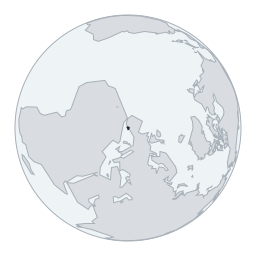 the Earth from above Alicante, rotated 117°
{"feature_id": "ESP-5803", "entity_name": "Alicante", "entity_type": "Autonomous Community", "adm_level": 1, "iso_a3": "ESP", "parent_name": "Spain", "parent_adm1": "", "projection": "orthographic", "projection_center": [-0.576, 38.363], "detail": "fine", "context": "on_globe", "style": "filled", "palette": "slate", "viewbox_px": 256, "rotation_deg": 117, "n_neighbors": 0, "source": "natural_earth", "source_scale": "10m", "svg_char_len": 9718}
<svg xmlns="http://www.w3.org/2000/svg" viewBox="0 0 256 256"><g transform="rotate(117 128 128)"><circle cx="128" cy="128" r="113" fill="#eef3f6" stroke="#a8b0b8"/><path d="M35.9,63.2L37.3,61.3L37.3,61.2L43.7,53.5L47.7,49.0L56.6,41.2L65.8,36.0L63.0,38.1L65.5,36.9L69.2,34.4L71.1,33.0L84.9,27.6L97.8,22.5L100.1,20.8L101.0,21.4L104.3,18.6L110.2,17.0L104.5,18.9L104.8,19.3L109.3,18.1L110.5,18.3L113.4,17.9L114.5,18.3L111.1,19.7L111.7,20.1L114.9,19.3L118.0,19.4L113.2,20.5L118.1,20.9L113.4,23.9L99.8,27.5L98.2,30.5L86.9,38.0L88.9,38.0L85.9,41.3L87.2,42.6L84.7,43.9L87.8,43.9L89.8,42.5L91.9,42.1L92.8,42.9L89.8,44.5L88.9,44.4L88.5,45.3L86.7,45.9L88.1,46.0L84.4,48.1L89.4,47.2L87.6,49.9L84.8,51.0L83.3,49.3L73.3,48.7L70.0,49.8L66.8,52.7L64.3,61.3L61.4,63.4L58.7,67.3L61.0,66.7L64.0,63.5L67.7,63.7L70.9,60.0L72.9,59.7L76.9,56.8L78.1,59.0L77.1,62.8L73.9,65.4L73.4,67.3L77.9,66.4L73.3,73.1L72.7,81.1L71.3,82.8L66.0,82.8L62.3,78.4L55.3,79.5L61.6,80.8L58.0,85.5L58.2,87.2L59.5,88.2L61.5,87.3L60.7,89.4L54.1,88.7L54.8,86.8L56.9,86.9L55.1,85.0L50.7,85.1L49.2,87.7L44.1,85.8L42.9,87.8L41.2,88.6L43.3,85.6L39.4,91.2L33.1,91.5L27.7,101.6L31.1,91.2L31.1,87.7L30.6,84.7L29.7,86.2L30.3,80.8L28.7,80.0L24.7,86.1L21.8,93.4L21.4,98.5L22.8,96.7L23.4,99.6L19.7,105.8L20.2,113.2L18.2,119.1L17.9,124.2L19.0,126.4L19.8,131.1L21.6,129.6L23.9,131.0L22.8,136.4L25.0,133.5L25.6,138.0L30.9,144.6L30.2,145.3L34.5,157.1L41.0,165.6L42.5,170.8L41.6,172.5L44.2,175.1L44.3,176.7L56.6,186.4L64.2,193.7L64.9,198.7L60.3,201.5L60.3,210.4L53.2,208.4L54.2,211.2L53.5,212.4L48.9,208.1L42.2,201.0L36.2,193.3L30.9,185.1L28.6,180.8L26.4,176.2L22.5,167.3L17.5,148.7L17.5,145.2L17.0,141.3L18.7,138.3L19.1,130.1L18.8,127.5L17.8,128.6L17.5,118.7L18.5,111.3L23.8,85.4L25.7,81.0L27.9,76.6L40.7,57.1L30.0,72.5L32.4,68.5L35.9,63.2ZM26.0,104.5L26.6,115.9L24.7,112.6L25.3,112.5L25.5,108.8L25.3,103.9L24.0,101.4L26.0,104.5ZM29.8,102.3L29.5,100.7L30.0,101.9L29.8,102.3ZM71.7,32.5L69.2,34.3L65.4,36.7L67.3,35.1L71.7,32.5ZM79.1,28.7L78.3,29.5L75.6,30.3L76.9,29.6L79.1,28.7ZM101.5,19.7L99.3,20.5L101.0,19.7L101.5,19.7ZM113.6,17.8L113.9,17.6L115.3,17.5L113.6,17.8ZM76.0,55.8L76.4,56.3L75.5,56.6L76.0,55.8ZM77.3,54.2L75.8,54.2L76.2,53.4L77.1,53.4L77.3,54.2ZM118.2,18.1L120.3,18.2L117.6,18.4L118.2,18.1ZM79.0,54.4L77.2,52.1L77.9,50.8L81.9,49.8L79.0,54.4ZM121.2,18.5L126.5,19.0L127.5,18.4L127.6,20.5L123.1,19.2L119.5,19.4L121.4,18.9L121.2,18.5ZM90.1,41.8L88.0,43.3L88.9,41.4L90.1,41.8ZM90.2,40.7L90.0,35.9L93.5,34.2L92.9,36.1L96.8,33.6L98.6,35.0L96.9,36.8L94.2,37.5L96.9,37.6L90.2,40.7ZM126.8,21.7L127.6,22.1L126.1,21.9L126.8,21.7ZM92.8,41.8L92.4,40.9L95.5,39.4L96.7,40.9L95.3,40.9L92.8,41.8ZM96.9,32.2L99.4,31.5L101.6,32.4L102.8,32.3L98.9,34.9L96.9,32.2ZM95.1,41.6L97.3,41.7L96.7,43.2L93.3,42.6L95.1,41.6ZM95.7,38.4L97.2,37.7L96.8,38.6L95.7,38.4ZM95.8,48.7L95.3,47.5L96.8,46.6L95.8,48.7ZM98.1,41.7L98.3,41.2L98.9,40.7L100.2,41.1L98.1,41.7ZM100.7,35.5L101.1,36.1L102.4,34.5L104.1,35.3L101.2,36.9L103.2,36.6L103.7,36.8L100.7,37.9L100.7,35.5ZM103.1,40.2L100.0,42.9L100.6,45.2L99.2,46.1L98.6,42.2L103.1,40.2ZM102.0,38.7L102.4,39.8L100.5,40.3L99.0,39.8L102.0,38.7ZM106.3,35.3L104.5,33.6L105.1,33.3L106.3,35.3ZM103.7,40.8L104.4,40.2L103.9,40.9L103.7,40.8ZM105.9,36.8L105.2,36.2L106.0,35.9L105.9,36.8ZM106.5,39.4L105.5,40.3L104.5,39.9L106.5,39.4ZM106.5,38.2L107.8,37.9L104.7,39.3L106.0,37.9L106.5,38.2ZM106.8,36.6L107.0,36.2L107.0,36.9L106.8,36.6ZM110.9,40.4L107.2,42.3L105.0,41.5L108.9,39.7L110.9,40.4ZM199.7,41.2L200.3,41.7L198.4,40.2L202.6,44.0L200.0,42.0L204.6,46.2L205.8,47.0L203.0,44.1L208.2,49.0L208.6,49.3L214.7,56.1L220.3,63.4L225.2,71.1L229.5,79.1L229.7,79.5L233.0,87.1L235.7,94.9L235.8,95.5L236.9,99.2L234.8,93.3L235.9,98.0L234.6,94.7L231.8,91.6L232.7,98.4L235.0,114.4L237.3,123.5L237.2,130.0L232.1,122.1L228.4,114.6L227.5,117.7L221.6,114.8L214.0,123.0L212.1,121.5L210.9,124.2L206.6,124.7L203.4,121.9L201.1,124.0L209.5,131.0L211.8,128.9L212.6,122.9L214.5,126.1L218.6,126.4L217.0,139.3L204.4,157.7L201.9,151.3L185.3,136.9L185.1,134.3L184.9,134.0L184.6,133.6L184.5,138.1L181.2,134.9L191.5,146.4L193.8,152.0L204.3,158.3L203.6,159.9L206.6,160.4L214.4,152.0L214.8,154.3L211.9,167.9L199.8,188.7L200.7,196.3L198.5,203.4L189.3,211.5L188.5,215.7L183.5,219.1L182.1,221.5L177.1,225.2L169.5,229.3L158.3,232.3L158.9,230.7L155.3,228.1L150.8,218.8L155.0,212.7L154.6,208.3L146.3,198.7L148.2,191.9L145.7,189.4L140.7,190.7L137.6,187.6L134.4,187.8L113.5,190.4L106.4,185.6L96.1,170.2L99.3,164.6L98.5,157.3L119.5,132.9L125.4,134.3L143.7,129.1L146.2,129.7L145.7,135.9L160.7,140.3L163.6,134.5L175.6,134.9L182.5,132.0L182.1,120.2L170.7,124.7L167.1,120.1L174.9,111.9L184.6,108.2L183.5,106.4L176.0,104.5L176.8,99.6L173.3,103.5L175.7,104.9L173.6,107.5L171.2,106.4L171.5,104.6L168.2,104.9L167.3,113.6L169.7,115.9L161.9,120.0L165.1,124.4L163.5,127.3L157.4,121.1L156.9,118.2L146.6,112.2L146.4,115.4L156.1,121.5L153.7,121.5L153.5,126.4L151.8,122.6L141.2,115.5L133.3,118.6L125.5,131.3L120.4,132.5L115.0,130.3L115.4,118.2L126.9,116.9L127.2,113.0L122.8,107.7L126.6,107.9L126.3,105.7L130.4,105.0L134.2,99.2L138.1,98.1L137.7,91.3L139.6,89.9L139.3,94.2L141.2,96.8L150.7,94.3L151.9,92.5L150.9,88.5L153.6,88.5L151.4,84.9L155.9,81.8L148.5,82.7L147.1,78.4L148.8,74.3L147.0,73.2L144.3,79.9L144.4,82.4L146.6,84.3L145.8,92.1L143.0,94.0L138.9,86.8L134.4,88.8L133.1,82.7L141.1,67.8L145.5,64.2L156.7,66.5L156.8,69.4L152.8,70.0L158.3,73.1L157.0,71.1L159.3,71.2L158.5,67.5L160.0,67.5L156.6,64.1L158.4,63.7L160.6,65.8L161.0,60.3L164.3,58.7L163.6,57.5L162.0,56.7L167.3,55.4L166.5,54.6L164.5,54.7L161.8,53.3L159.0,50.3L161.0,50.0L162.2,51.0L167.9,52.9L171.0,55.9L171.5,55.5L169.3,52.8L162.4,50.5L160.2,48.9L163.4,49.5L162.1,49.1L161.6,48.2L162.9,47.1L159.3,46.3L151.2,37.9L153.0,35.2L156.9,36.5L153.3,31.2L155.6,29.2L153.8,29.3L150.8,27.1L150.0,27.7L148.9,27.6L140.9,23.1L140.5,22.0L135.0,20.7L134.0,20.8L134.0,21.4L127.6,20.5L127.5,18.4L129.7,18.3L128.2,17.3L133.4,17.2L136.9,17.0L143.5,17.9L145.7,17.8L144.9,17.5L147.3,17.4L155.3,18.8L152.6,19.0L141.4,18.5L146.3,18.7L146.3,19.1L148.8,19.6L152.2,19.8L151.8,19.5L163.1,23.6L173.4,27.0L169.9,24.8L170.5,24.5L179.3,27.8L196.1,38.3L196.6,38.6L199.7,41.2ZM114.1,146.0L114.0,148.3L114.1,146.0ZM196.2,109.9L201.0,106.9L196.5,101.6L198.0,100.2L195.8,99.0L196.1,101.3L190.6,97.9L191.8,94.5L190.0,91.9L188.3,92.8L186.9,99.8L194.8,104.5L194.7,108.1L196.2,109.9ZM31.1,144.7L31.6,146.5L30.7,145.5L31.1,144.7ZM23.6,114.2L24.2,115.8L24.2,117.4L23.6,116.5L23.6,114.2ZM30.0,126.4L31.0,128.4L29.6,127.2L30.0,126.4ZM26.9,117.6L29.2,124.9L26.6,123.2L25.3,118.6L26.6,120.5L26.9,117.6ZM27.9,104.7L28.0,106.0L27.4,106.7L27.9,104.7ZM30.1,103.1L29.9,102.9L30.2,101.6L30.1,103.1ZM58.4,85.5L58.9,85.6L59.8,87.0L58.7,87.1L58.4,85.5ZM68.2,89.6L66.7,93.0L67.0,90.5L65.1,91.1L63.4,86.7L70.5,83.5L67.6,85.6L68.2,89.6ZM63.1,80.4L63.4,83.3L62.8,80.3L63.1,80.4ZM120.2,95.2L122.2,96.4L121.6,99.1L116.6,101.2L117.5,97.3L120.2,95.2ZM125.3,97.6L122.6,90.3L125.5,88.9L124.3,90.9L126.5,90.7L125.2,93.9L130.7,100.0L130.5,102.8L121.5,104.8L124.5,102.5L122.3,101.3L125.3,97.6ZM110.4,76.5L109.3,74.0L117.2,74.1L117.3,76.5L112.4,78.6L109.3,77.1L110.4,76.5ZM86.3,53.5L85.4,53.0L86.2,52.5L87.7,52.5L86.3,53.5ZM95.4,48.2L91.3,55.4L90.0,55.1L89.2,60.0L85.5,61.2L86.1,57.9L82.6,62.7L81.7,60.3L79.7,63.7L81.6,56.3L80.7,54.5L83.2,56.0L86.6,54.8L87.8,53.8L90.6,49.7L90.3,45.6L93.6,44.0L96.1,44.0L96.7,44.8L94.3,45.5L96.8,46.0L93.8,47.6L95.4,48.2ZM123.1,48.7L120.1,48.6L124.6,51.1L121.6,52.2L122.3,52.4L120.8,54.3L120.2,56.9L118.6,57.2L119.1,58.1L118.1,59.4L118.2,60.9L115.4,61.9L115.2,63.8L114.0,63.2L114.5,66.2L112.9,64.5L111.4,66.2L113.8,67.0L98.4,70.1L93.2,73.3L89.8,77.0L87.4,73.8L89.1,68.4L92.9,62.7L98.3,60.4L96.2,59.5L98.1,58.2L99.0,59.4L98.9,56.7L100.7,56.0L104.1,51.7L102.9,48.6L104.1,47.1L105.5,48.0L105.7,45.9L109.2,46.6L110.1,45.6L114.5,45.4L116.7,47.9L117.6,46.6L120.9,46.6L123.1,48.7ZM112.1,40.4L115.4,42.8L115.3,44.7L107.7,44.3L106.4,45.1L101.5,45.1L101.7,42.4L103.0,42.6L104.4,42.2L103.8,43.2L105.3,42.1L107.3,42.4L109.0,41.7L109.6,42.7L112.1,40.4ZM148.2,127.0L149.9,126.9L152.5,126.1L152.4,129.3L148.2,127.0ZM140.9,122.3L142.4,121.6L143.5,125.5L141.7,125.7L140.9,122.3ZM142.3,118.1L142.4,121.3L141.2,119.7L142.3,118.1ZM140.6,93.5L142.1,92.7L142.6,93.5L142.2,95.1L140.6,93.5ZM135.8,57.2L134.1,56.6L134.3,56.0L131.9,53.4L133.9,52.5L136.1,53.7L135.8,57.2ZM180.7,122.9L179.3,125.9L178.0,125.3L178.7,124.4L180.7,122.9ZM165.6,128.2L169.5,128.5L165.5,129.1L165.6,128.2ZM137.6,55.8L136.4,54.8L138.1,55.0L137.6,55.8ZM135.2,51.7L137.1,51.7L133.8,52.1L135.2,51.7ZM212.5,193.6L203.5,207.9L199.7,210.4L200.3,207.9L204.5,200.1L209.4,195.3L212.1,190.6L212.5,193.6ZM237.5,124.0L238.9,127.4L238.6,129.8L237.5,124.0ZM153.0,48.2L154.1,52.7L156.3,55.7L159.6,56.8L155.4,57.3L152.1,52.7L153.0,48.2ZM151.2,39.1L148.3,38.4L149.2,37.6L150.0,37.7L151.2,39.1ZM149.7,39.4L146.9,40.6L145.0,39.5L147.6,38.8L149.7,39.4ZM142.4,47.8L142.6,49.1L141.1,48.9L142.4,47.8ZM176.8,26.5L176.0,26.1L175.4,25.8L176.8,26.5ZM173.8,25.1L175.0,25.7L169.2,24.1L167.3,23.6L170.2,23.7L171.4,24.3L173.3,25.0L173.8,25.1ZM128.4,21.8L127.6,22.1L127.6,21.6L128.4,21.8ZM148.5,27.9L147.0,27.7L147.0,27.1L148.5,27.9ZM142.8,26.8L143.8,27.7L141.9,26.9L142.8,26.8ZM146.3,29.7L143.8,28.1L147.3,29.5L146.3,29.7Z" fill="#d9dde1" stroke="#a8b0b8" stroke-width="1"/><path d="M128.8,127.0L129.0,127.0L129.2,127.3L129.0,127.5L128.9,127.5L128.7,127.7L128.4,127.8L128.3,128.0L128.2,128.0L128.1,128.3L127.9,128.4L127.9,128.5L127.9,128.8L127.7,129.0L127.5,128.9L127.4,128.8L127.4,128.7L127.3,128.4L127.4,128.2L127.2,128.0L127.2,127.9L127.3,127.8L127.3,127.7L127.3,127.4L127.5,127.4L127.4,127.3L127.4,127.2L127.5,127.2L127.6,127.3L127.7,127.2L127.8,127.2L127.9,127.3L128.1,127.3L128.1,127.2L128.4,127.0L128.5,127.0L128.8,127.0Z" fill="#64748b" stroke="#1e293b" stroke-width="1.5"/></g></svg>